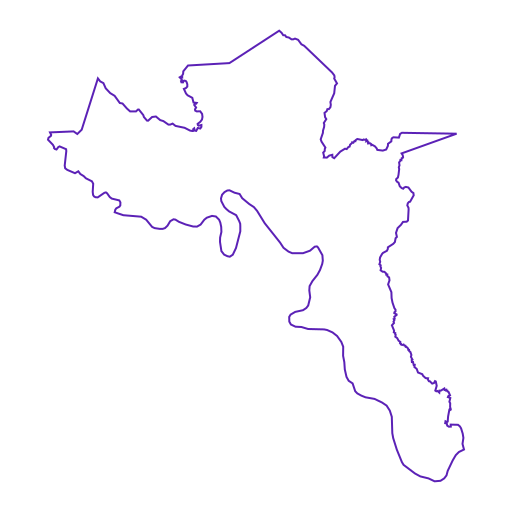 the district of Curillo, Caquetá, Colombia
{"feature_id": "7082276B48734623734684", "entity_name": "Curillo", "entity_type": "district", "adm_level": 2, "iso_a3": "COL", "parent_name": "Colombia", "parent_adm1": "Caquetá", "projection": "natural_earth1", "projection_center": [-75.944, 1.028], "detail": "fine", "context": "isolated", "style": "outline", "palette": "violet", "viewbox_px": 512, "rotation_deg": 0, "n_neighbors": 0, "source": "geoboundaries", "source_scale": "gbopen_adm2", "svg_char_len": 6044}
<svg xmlns="http://www.w3.org/2000/svg" viewBox="0 0 512 512"><path d="M279.2,30.7L229.4,63.1L188.0,65.5L183.3,71.3L183.1,73.9L182.2,75.5L182.2,77.2L180.9,76.6L179.7,77.3L181.8,79.6L181.8,80.4L181.0,81.1L181.4,82.3L183.0,82.4L183.7,80.8L184.3,80.6L185.8,81.0L186.6,82.1L187.3,84.3L187.3,86.6L186.0,88.0L183.9,88.9L186.0,93.5L187.6,95.3L192.3,97.8L193.5,102.5L196.7,102.9L196.2,103.7L194.8,103.9L194.2,104.9L196.1,107.5L195.0,109.3L195.2,110.6L196.7,111.4L200.2,111.3L202.1,113.9L202.5,116.9L202.0,119.5L200.3,121.8L197.6,123.9L197.9,125.1L198.7,125.7L201.4,125.0L201.4,126.9L200.3,128.5L197.8,128.0L196.2,130.9L194.7,130.6L194.2,128.3L193.3,129.0L192.9,131.0L192.3,131.0L190.1,130.6L184.6,127.8L175.5,125.9L172.6,123.6L170.2,124.6L168.4,124.6L163.4,121.1L160.2,120.1L155.9,116.5L152.1,117.0L148.1,120.7L147.0,120.6L143.9,117.0L143.3,115.1L138.8,109.5L138.0,109.5L136.0,111.4L130.1,111.4L126.9,108.5L122.5,103.5L119.8,103.0L114.6,95.8L110.2,93.1L105.7,88.3L103.4,83.1L100.2,81.4L97.9,78.4L81.7,129.7L77.3,134.0L73.6,131.4L50.0,132.4L51.2,134.9L50.9,135.9L48.5,137.8L48.0,139.7L52.9,144.8L54.2,147.2L54.0,148.0L54.9,149.0L56.5,149.5L58.3,147.1L59.6,146.4L66.1,149.2L66.3,151.1L64.7,165.6L65.2,168.3L67.3,169.9L75.0,173.2L78.3,171.3L80.3,174.0L83.7,176.1L85.9,178.3L91.9,181.3L93.2,183.7L92.7,191.9L93.1,195.0L94.0,196.4L95.4,197.2L97.7,197.4L104.4,192.8L105.9,192.4L107.1,193.3L109.8,197.1L111.8,198.6L119.3,200.4L120.4,202.4L120.3,205.4L119.4,206.7L116.3,208.3L115.3,209.7L114.7,212.3L123.3,215.2L141.2,216.7L146.2,219.7L152.1,226.9L154.6,228.1L159.9,228.9L162.6,228.9L165.0,228.1L167.5,225.7L170.2,221.2L173.5,219.3L175.4,219.6L178.9,221.8L185.7,224.5L193.1,226.5L197.0,226.6L200.6,224.6L204.3,219.7L206.8,217.7L212.0,215.9L215.9,216.5L219.1,219.7L220.3,222.6L221.2,226.9L221.4,231.9L220.1,237.6L220.0,241.9L221.4,251.1L224.1,254.6L227.4,256.2L229.8,256.7L232.8,254.7L236.0,248.0L240.3,231.3L240.3,226.1L240.2,223.7L239.2,221.1L236.2,215.2L229.1,211.4L226.4,209.1L224.3,206.9L221.3,201.1L221.0,198.4L222.1,194.7L224.5,192.1L227.3,190.5L229.5,190.3L234.5,192.7L239.6,194.0L242.2,198.2L249.2,204.0L253.9,207.1L257.1,210.9L264.7,223.2L280.1,242.6L283.5,247.8L288.5,251.6L292.2,253.2L303.0,253.2L310.0,250.7L314.7,246.7L316.9,246.4L318.0,247.4L322.4,255.2L322.8,260.7L322.2,264.0L320.0,270.0L317.4,274.8L312.4,281.1L309.6,286.1L309.3,290.4L310.2,297.3L308.2,305.5L306.3,308.0L303.0,310.2L295.2,311.9L290.6,314.6L289.2,316.9L289.3,321.6L290.9,324.5L295.5,326.7L301.4,327.0L308.1,329.0L324.1,329.4L327.1,330.0L332.5,332.4L337.1,336.0L341.3,341.9L343.2,346.7L343.1,355.8L344.3,362.1L344.8,369.4L346.5,376.9L348.7,380.8L352.6,383.4L355.2,391.2L357.3,393.4L361.3,395.6L365.5,397.3L374.5,398.9L382.0,402.5L386.6,405.6L389.8,410.6L391.8,416.8L392.3,433.2L393.2,438.1L396.8,449.6L401.9,462.1L403.6,464.9L415.0,473.5L420.3,476.4L428.5,478.4L434.6,481.3L440.5,480.8L444.2,478.4L446.5,475.4L447.7,470.9L452.7,460.4L455.8,455.1L458.9,452.0L464.0,449.5L462.5,443.9L463.4,437.9L462.7,433.6L461.1,428.4L459.9,426.4L458.0,424.8L450.7,424.6L450.8,426.6L448.9,426.7L447.2,425.6L446.8,423.6L445.2,423.2L445.5,421.3L447.0,422.1L447.7,421.6L448.1,416.5L449.4,409.5L449.7,409.0L450.6,409.7L450.8,409.3L450.1,407.0L450.2,403.2L449.4,401.8L450.3,398.0L447.9,397.1L448.4,396.0L450.0,395.3L448.6,392.0L447.6,391.5L447.4,390.7L446.2,390.7L446.2,389.7L444.6,390.0L444.3,388.5L440.9,390.6L439.5,390.6L439.3,392.6L437.5,391.0L436.3,391.3L435.3,390.6L436.7,385.8L435.8,381.5L435.0,381.1L434.0,383.0L432.2,383.6L429.9,381.3L428.9,381.2L427.7,379.2L428.0,378.3L425.6,378.1L423.0,375.7L422.3,374.2L418.0,372.5L416.7,368.9L414.4,367.0L414.7,364.9L413.7,365.0L413.0,361.9L411.9,362.0L411.7,359.9L412.4,359.5L410.9,356.8L411.4,355.0L410.4,352.0L409.3,351.3L409.1,349.9L408.3,349.9L408.0,348.4L406.5,346.9L405.7,346.9L405.4,345.7L404.4,345.6L403.6,344.5L402.2,345.0L400.8,344.4L400.9,343.6L400.0,343.1L400.3,341.9L398.6,340.7L397.2,338.1L395.3,336.7L395.7,334.8L395.1,334.0L395.3,333.1L393.8,332.3L394.1,330.7L391.9,325.3L394.0,323.0L393.5,321.6L394.3,320.4L393.7,319.1L394.7,318.7L394.3,316.7L396.6,315.0L396.6,314.4L394.3,313.2L394.4,312.3L395.5,311.4L395.5,309.7L394.4,308.2L392.5,302.6L391.6,298.1L391.4,292.2L388.1,284.4L389.5,280.3L389.1,277.4L387.5,276.4L387.3,274.5L386.3,274.7L386.0,273.3L384.4,271.8L382.6,271.7L380.6,270.3L381.1,267.9L380.4,266.4L380.7,265.3L379.4,264.3L380.2,261.8L379.7,259.8L380.1,257.4L382.1,253.9L383.0,252.9L386.9,250.8L387.8,249.0L387.9,247.3L393.3,243.8L394.9,242.0L395.6,238.2L396.9,236.9L396.0,232.9L397.6,228.1L400.9,224.9L403.0,221.9L406.7,221.7L408.0,220.5L408.6,209.4L408.5,207.8L407.3,205.4L407.8,203.3L408.9,202.0L410.1,201.7L413.7,195.3L413.4,193.0L411.6,191.8L408.4,187.5L405.8,186.9L404.2,187.5L403.2,188.7L401.7,188.1L399.8,186.3L398.5,182.6L397.1,181.8L396.1,180.4L396.2,179.1L397.9,177.5L398.5,174.8L399.2,169.0L398.8,167.3L399.5,165.3L399.1,162.4L400.3,160.9L400.4,160.0L401.4,160.2L401.7,158.2L402.7,157.9L403.1,157.2L402.7,155.1L401.6,153.4L456.6,133.7L401.9,132.8L400.1,133.9L398.9,137.6L393.4,137.3L392.2,138.0L391.5,139.1L391.3,141.4L388.0,143.8L387.9,145.9L386.2,149.5L382.8,150.6L377.3,149.9L376.7,148.4L374.9,146.3L372.2,144.8L371.3,145.2L371.0,143.9L370.1,143.3L368.9,143.4L368.6,142.6L368.0,143.1L367.4,140.7L366.4,141.1L366.7,140.2L366.1,139.3L365.4,139.9L363.5,139.5L362.8,140.1L357.3,139.0L355.6,140.2L355.4,141.2L354.4,141.1L353.4,142.7L352.2,142.3L352.0,143.0L350.1,144.7L349.6,146.6L348.3,147.1L346.7,149.1L345.0,148.7L340.3,151.6L334.2,158.2L332.4,157.1L332.3,154.8L329.2,155.6L326.9,157.6L323.8,157.5L324.1,156.3L323.2,152.6L324.7,151.0L324.8,148.9L325.4,147.6L321.5,141.6L320.7,139.3L322.9,132.9L323.0,130.7L324.1,127.0L324.3,124.5L323.8,123.0L326.3,119.1L325.1,117.2L324.5,112.9L326.7,111.1L327.4,109.1L328.9,109.1L330.4,107.2L330.8,104.8L330.4,102.0L334.2,93.3L335.0,85.8L337.0,83.4L334.2,78.5L334.6,77.2L334.3,75.4L332.1,72.5L304.2,45.8L301.4,44.3L298.1,39.8L295.0,38.6L293.3,39.3L291.5,39.3L288.8,37.5L286.3,37.0L285.1,35.3L283.2,35.2L281.6,32.8L279.2,30.7Z" fill="none" stroke="#5b21b6" stroke-width="2"/></svg>